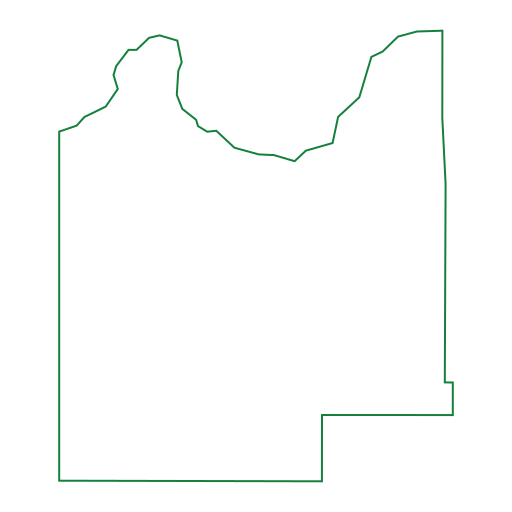 Roger Mills, Oklahoma, United States of America (Mercator projection)
{"feature_id": "52423323B14200891286465", "entity_name": "Roger Mills", "entity_type": "district", "adm_level": 2, "iso_a3": "USA", "parent_name": "United States of America", "parent_adm1": "Oklahoma", "projection": "mercator", "projection_center": [-99.698, 35.717], "detail": "fine", "context": "isolated", "style": "outline", "palette": "green", "viewbox_px": 512, "rotation_deg": 0, "n_neighbors": 0, "source": "geoboundaries", "source_scale": "gbopen_adm2", "svg_char_len": 632}
<svg xmlns="http://www.w3.org/2000/svg" viewBox="0 0 512 512"><path d="M59.2,480.7L321.9,481.3L322.0,415.0L398.1,415.0L452.8,415.1L452.8,382.5L444.8,382.4L445.6,184.1L442.3,117.9L442.4,30.7L416.9,31.5L398.0,36.6L382.7,51.5L371.4,56.9L359.3,97.3L338.1,116.9L332.6,143.0L305.8,150.7L294.6,161.2L274.0,155.1L258.7,154.4L234.4,147.7L216.3,130.8L207.2,131.7L198.0,126.1L196.1,119.8L182.3,108.9L176.8,94.9L178.3,70.9L181.7,62.3L177.3,40.6L159.7,35.4L149.1,37.8L136.5,49.9L128.5,49.9L116.2,66.1L113.5,75.0L117.8,89.0L105.7,106.6L84.4,117.0L76.7,125.6L59.2,131.6L59.2,331.2L59.2,480.7Z" fill="none" stroke="#15803d" stroke-width="2"/></svg>